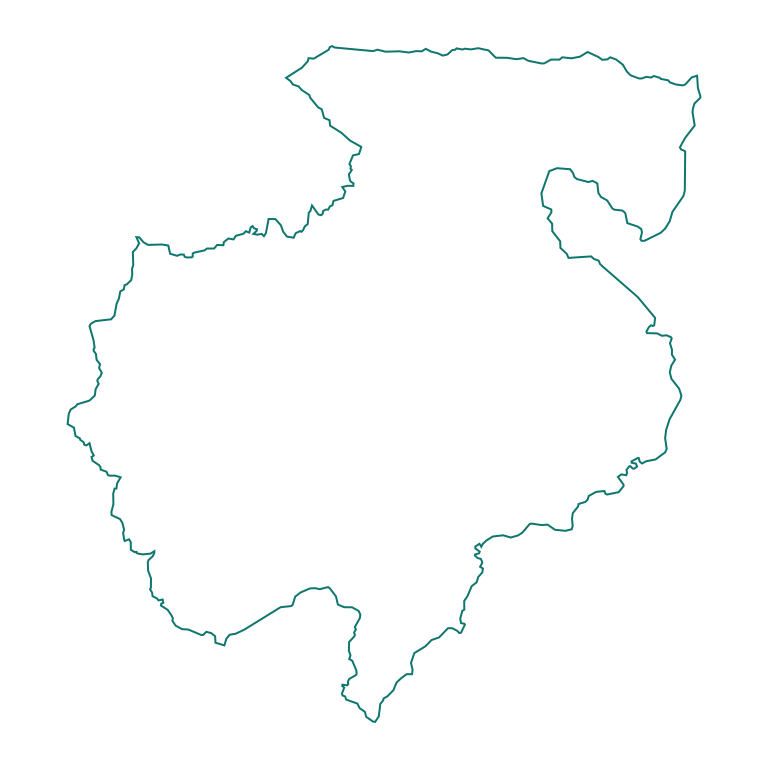 outline of Laclo, Manatuto, East Timor
{"feature_id": "22284137B24782951850467", "entity_name": "Laclo", "entity_type": "district", "adm_level": 2, "iso_a3": "TLS", "parent_name": "East Timor", "parent_adm1": "Manatuto", "projection": "albers", "projection_center": [125.887, -8.591], "detail": "fine", "context": "isolated", "style": "outline", "palette": "teal", "viewbox_px": 768, "rotation_deg": 0, "n_neighbors": 0, "source": "geoboundaries", "source_scale": "gbopen_adm2", "svg_char_len": 6019}
<svg xmlns="http://www.w3.org/2000/svg" viewBox="0 0 768 768"><path d="M697.1,75.7L691.7,77.4L685.3,84.5L682.8,85.4L676.0,84.5L669.7,82.3L668.2,80.3L660.8,78.9L659.8,77.8L653.8,76.0L651.3,77.5L646.1,76.9L641.6,78.5L638.8,78.4L630.6,75.3L626.9,71.6L622.8,64.7L616.1,59.5L610.2,57.3L607.5,59.3L602.3,59.8L598.2,56.9L587.6,52.0L579.9,56.7L571.5,58.3L562.3,57.3L559.5,59.6L551.0,59.6L544.4,63.3L541.8,63.5L528.3,60.8L523.4,58.1L516.5,59.2L507.1,57.8L495.8,57.7L488.5,50.4L478.1,48.2L471.0,49.4L464.7,48.7L462.5,49.5L456.5,48.4L455.3,49.7L452.4,50.0L447.6,54.4L442.9,55.6L437.3,53.1L431.2,51.7L425.8,48.8L421.8,51.3L416.2,51.1L408.8,52.5L399.1,51.3L385.6,51.7L377.4,49.7L373.1,51.1L334.4,47.5L332.1,46.1L329.9,47.0L328.6,49.8L313.8,58.6L308.5,58.2L307.8,61.3L301.9,67.7L286.1,77.8L290.5,81.1L292.9,84.5L298.6,86.4L301.7,90.0L309.3,95.0L310.4,98.0L318.0,107.2L321.8,109.4L324.1,117.9L329.5,120.2L330.1,125.7L341.4,132.8L350.2,140.7L361.3,146.9L359.0,154.0L353.0,155.4L349.4,164.1L350.9,166.1L350.5,168.8L351.8,170.0L348.9,174.3L349.7,179.3L350.6,181.5L353.5,183.4L353.3,185.9L347.5,185.8L342.3,187.0L345.3,191.5L343.1,198.0L333.5,200.9L332.4,205.3L329.8,206.5L328.2,209.6L325.6,209.6L323.1,211.1L322.7,213.7L321.2,215.2L318.5,214.6L312.0,205.5L310.4,211.0L308.8,212.6L307.7,224.1L304.8,226.4L303.0,230.3L301.3,231.8L300.1,231.1L295.7,233.2L293.6,237.7L287.0,236.6L283.2,231.8L280.9,225.3L275.4,219.1L268.6,219.0L265.9,233.2L263.9,236.2L261.7,233.9L257.4,234.7L253.4,233.9L256.7,230.8L257.0,229.3L253.9,228.2L252.6,226.1L250.7,227.4L249.3,232.6L245.8,231.2L243.5,233.7L235.9,235.8L233.5,239.4L228.4,238.5L223.8,242.2L223.4,245.2L217.1,245.0L214.1,248.5L207.0,248.5L204.5,250.4L194.3,252.6L192.7,253.5L192.7,256.6L191.8,257.3L186.9,257.5L184.7,256.8L183.8,254.6L180.2,254.5L177.1,255.8L170.1,253.7L168.3,245.5L162.1,244.5L148.1,244.9L143.5,242.3L139.3,237.4L136.4,237.1L139.1,243.4L136.4,248.3L132.8,252.1L133.3,264.9L132.0,268.9L132.3,274.2L131.2,280.1L126.6,284.5L124.6,285.1L123.8,289.4L120.3,291.4L118.9,298.6L116.5,304.1L114.5,315.5L111.1,319.3L95.5,321.1L90.8,323.8L89.5,326.1L93.5,340.1L94.6,347.5L93.5,349.5L93.8,351.1L95.9,353.8L96.6,359.8L100.0,364.2L99.1,368.0L101.8,372.8L100.3,376.5L97.8,379.1L97.3,380.9L98.7,383.8L95.6,389.3L94.8,395.6L89.4,400.6L77.2,404.3L76.0,406.2L70.7,409.5L68.8,413.7L67.6,424.1L74.0,427.7L75.5,436.0L79.9,438.4L80.1,439.7L83.6,442.2L84.3,444.8L86.4,445.4L89.5,443.2L91.5,451.3L93.8,455.5L91.5,457.0L92.6,460.8L99.0,465.1L100.4,467.0L100.7,469.6L106.5,471.7L107.8,474.9L109.7,475.7L115.0,475.6L120.6,477.3L117.1,483.4L116.4,488.6L114.6,488.6L113.2,493.6L113.4,504.2L111.4,511.9L111.6,515.1L119.9,519.0L122.4,522.8L124.1,529.8L123.1,533.0L124.1,539.2L124.7,541.0L129.0,539.3L130.8,542.2L130.8,549.7L134.4,552.0L136.5,551.9L136.6,553.0L138.1,553.6L142.8,554.4L150.6,553.6L154.3,551.2L154.2,553.5L152.5,556.5L148.6,560.0L147.8,562.2L148.1,570.6L151.0,578.4L150.9,587.7L150.1,589.2L152.1,592.7L152.6,596.2L156.9,598.4L158.5,600.4L162.6,599.5L163.3,602.8L161.3,603.6L160.9,605.5L167.7,609.9L171.3,615.1L172.8,618.0L172.5,621.0L175.7,625.7L182.0,629.1L188.5,629.6L201.1,634.9L203.1,635.0L206.3,631.8L211.2,633.1L215.1,636.2L215.5,642.7L224.4,645.4L226.3,638.9L229.6,634.7L235.5,633.8L244.2,629.7L280.6,607.2L291.0,606.1L292.6,605.0L295.2,596.6L300.7,592.4L310.1,588.4L315.4,588.2L319.8,589.2L328.0,587.1L329.8,588.3L336.0,596.5L337.9,604.6L344.2,607.2L352.1,607.3L358.6,610.9L360.3,614.5L359.9,618.0L354.8,627.1L355.9,629.3L354.1,632.5L354.9,634.9L354.4,636.3L349.1,642.0L348.9,650.7L350.5,655.5L349.2,659.0L352.3,660.8L356.4,670.6L356.6,673.5L356.2,674.9L349.2,679.0L347.9,681.6L348.2,684.2L347.1,685.3L342.4,684.7L342.3,686.0L344.2,687.6L341.9,693.8L342.6,695.5L345.1,696.4L346.2,699.6L357.4,703.6L359.6,708.1L364.9,711.9L366.2,716.8L373.0,721.6L375.1,721.9L378.8,716.4L380.3,703.9L383.2,700.4L383.5,698.5L387.4,696.3L393.4,690.2L396.7,682.3L401.8,677.7L406.7,674.2L412.0,674.2L412.6,669.9L411.0,662.9L414.3,653.1L425.4,646.3L431.6,640.0L439.1,637.4L448.0,628.2L452.2,628.2L457.2,630.8L459.2,633.0L461.0,632.7L464.9,624.7L464.4,623.8L461.1,623.1L460.2,618.7L462.3,610.9L464.3,609.6L464.2,601.0L467.6,595.9L471.7,586.1L476.6,582.4L478.3,576.9L482.4,572.3L482.9,568.5L480.1,566.8L482.3,562.8L482.0,561.5L480.8,558.9L477.7,558.1L474.9,555.5L475.2,554.4L479.1,553.3L479.7,551.6L475.3,548.4L475.4,546.4L479.5,543.8L481.3,546.8L482.9,543.8L486.4,540.5L492.8,536.5L503.2,535.3L510.7,537.5L517.9,535.5L522.3,532.7L529.7,524.0L531.6,523.6L541.8,525.1L547.5,524.6L555.0,529.8L565.5,530.8L571.7,529.3L572.7,525.7L572.0,518.8L572.8,513.1L578.0,506.6L578.6,504.0L585.4,501.9L587.6,499.7L588.7,496.0L596.1,491.9L604.4,491.0L605.6,493.9L607.2,494.5L618.6,492.2L623.6,486.1L623.5,484.6L617.9,476.9L621.3,474.4L626.3,475.2L627.0,472.8L626.5,469.9L629.2,466.4L630.2,466.1L632.7,468.5L634.3,468.7L637.1,466.5L635.9,463.6L631.7,462.8L631.5,461.4L637.9,457.9L638.8,458.1L639.7,461.6L642.0,463.5L646.3,461.2L655.5,459.5L665.1,452.4L666.7,448.9L665.1,438.1L666.2,429.8L669.6,419.2L680.3,400.0L681.4,395.7L679.1,388.6L671.4,378.8L669.8,372.4L671.3,365.7L675.1,359.6L671.9,354.7L672.0,349.9L670.0,343.2L671.7,338.5L671.0,337.2L666.5,335.3L661.9,335.8L657.2,333.4L647.0,333.1L646.4,331.6L648.9,327.1L651.1,325.3L652.9,326.0L654.2,325.3L655.1,317.9L637.8,297.1L603.1,266.9L600.0,264.0L598.7,260.7L593.8,258.9L591.2,256.4L568.5,257.9L566.8,253.9L560.4,247.9L560.2,241.3L552.3,231.2L552.1,223.6L547.6,218.3L551.4,212.3L551.3,209.5L543.1,205.9L541.4,193.3L549.3,171.1L557.0,168.2L570.1,169.2L572.9,172.8L574.4,177.0L577.0,179.1L588.3,182.0L592.7,180.9L597.3,183.4L598.4,193.0L601.0,197.0L607.1,200.4L612.4,208.5L614.4,209.7L622.2,210.5L624.3,212.1L625.4,213.5L627.3,223.1L637.5,226.5L641.2,229.0L642.0,232.3L640.4,239.1L641.5,240.8L644.5,240.8L660.7,232.8L665.1,228.6L669.7,221.3L672.4,211.9L683.4,196.0L684.8,190.8L685.2,152.3L684.9,151.1L681.2,149.5L679.9,147.4L685.2,137.8L694.7,125.5L692.5,112.3L692.9,108.8L694.5,103.5L700.2,97.9L700.4,96.2L697.9,88.0L697.1,75.7Z" fill="none" stroke="#0f766e" stroke-width="2"/></svg>